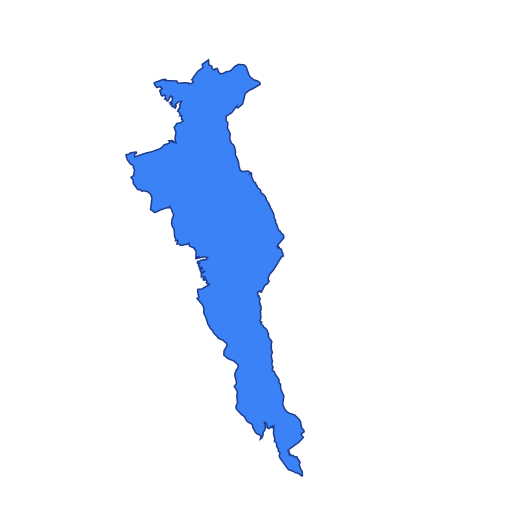 outline of Stejari, Gorj, Romania, rotated 140°
{"feature_id": "2599482B41789780482797", "entity_name": "Stejari", "entity_type": "district", "adm_level": 2, "iso_a3": "ROU", "parent_name": "Romania", "parent_adm1": "Gorj", "projection": "robinson", "projection_center": [23.706, 44.799], "detail": "fine", "context": "isolated", "style": "filled", "palette": "blue", "viewbox_px": 512, "rotation_deg": 140, "n_neighbors": 0, "source": "geoboundaries", "source_scale": "gbopen_adm2", "svg_char_len": 6130}
<svg xmlns="http://www.w3.org/2000/svg" viewBox="0 0 512 512"><g transform="rotate(140 256 256)"><path d="M222.5,454.1L223.5,452.7L223.7,448.8L220.4,447.4L220.8,446.5L220.1,445.2L220.7,444.8L220.5,444.4L223.2,444.7L224.1,443.4L223.5,442.6L223.7,442.0L224.7,441.6L225.2,440.6L225.0,438.7L222.9,438.5L222.1,437.1L223.3,436.3L223.9,434.8L225.0,434.9L224.4,433.8L224.4,431.8L223.6,431.5L218.9,433.5L218.3,433.3L218.6,432.2L217.8,431.4L220.4,428.7L223.4,428.8L222.8,428.1L223.5,427.6L222.3,427.4L222.2,426.7L223.9,426.1L224.2,424.3L223.3,423.6L222.9,421.2L220.6,422.3L220.6,423.2L221.2,423.6L220.0,423.9L215.7,423.8L213.7,422.3L217.2,421.1L217.5,420.0L219.3,418.5L221.4,418.2L221.4,417.6L222.9,417.3L222.4,416.2L222.5,414.9L222.9,414.6L223.2,412.3L224.1,412.3L222.8,411.2L225.3,408.4L224.7,407.3L225.1,406.3L228.3,406.6L231.4,408.4L236.1,407.0L237.7,402.3L242.2,398.4L243.7,396.4L244.4,394.1L247.0,397.0L246.8,397.8L245.6,396.8L245.8,398.2L248.7,400.3L248.7,399.3L250.1,398.1L254.7,400.2L258.9,399.7L260.9,400.0L268.9,402.9L274.4,405.7L285.2,409.9L284.0,411.7L282.9,412.0L281.8,411.6L281.0,412.1L281.0,412.8L285.9,415.7L288.0,415.7L290.3,417.1L291.2,416.2L292.8,412.1L293.0,406.9L292.1,405.2L292.1,403.5L293.3,402.2L293.5,400.3L298.0,396.3L301.2,396.6L301.4,393.2L303.4,390.4L303.9,382.9L302.2,381.3L301.7,378.8L300.0,378.1L297.5,374.6L297.1,370.9L298.5,367.2L307.0,359.3L306.2,357.3L306.1,355.4L305.4,354.2L299.6,352.7L293.6,350.4L291.5,348.8L290.4,349.3L290.7,348.6L290.5,347.2L292.7,340.4L296.6,338.2L299.7,335.2L301.2,332.2L301.2,329.7L306.0,323.0L306.7,320.1L307.9,319.4L305.9,318.1L308.9,316.1L307.9,315.6L307.0,313.8L307.1,312.9L305.7,311.7L300.1,308.7L299.0,308.7L300.6,306.5L298.4,302.1L298.6,301.7L298.1,301.3L298.8,300.2L298.8,298.2L302.8,293.7L300.2,292.2L300.9,291.7L303.6,293.0L303.8,292.6L296.3,288.8L294.5,286.7L294.8,286.2L294.5,285.9L295.6,286.0L296.0,285.3L297.7,285.7L298.2,287.1L300.1,287.1L300.7,288.2L302.7,288.4L304.3,289.4L305.4,288.3L304.6,287.9L304.8,287.5L304.0,287.0L304.1,286.4L305.3,286.8L306.5,285.1L306.1,283.7L306.9,283.3L305.5,282.5L306.9,282.0L305.0,281.0L305.1,280.6L307.7,281.4L308.6,278.9L304.5,277.0L309.3,277.6L311.5,274.9L309.9,274.4L308.7,273.0L309.1,272.7L308.9,272.4L311.1,272.6L311.7,271.5L310.5,271.2L310.2,270.9L310.6,270.5L309.6,270.3L309.9,269.8L309.5,269.1L310.3,267.9L310.2,267.5L311.2,267.6L311.2,266.0L309.9,264.8L310.1,264.0L316.7,265.4L318.3,265.2L321.9,267.8L323.3,266.7L326.5,260.9L328.5,261.4L328.4,253.7L328.8,251.1L329.5,249.5L332.7,246.0L333.8,241.5L336.6,234.7L337.5,230.2L337.3,227.0L337.9,224.0L337.5,218.9L337.8,217.4L335.4,212.5L334.8,207.7L335.3,206.5L336.6,205.7L341.3,204.0L344.3,200.9L343.5,195.5L340.4,189.9L339.7,184.1L340.9,182.7L343.1,181.4L344.2,181.4L347.5,179.7L349.1,177.9L352.1,171.8L353.6,170.6L356.5,170.1L357.1,165.1L358.3,163.1L360.8,161.1L364.5,155.4L368.2,153.6L369.3,151.6L369.1,144.0L368.1,140.3L369.0,136.9L368.9,133.8L367.1,129.6L368.8,126.3L369.8,121.3L369.4,118.7L368.5,117.4L367.8,114.7L370.4,113.0L368.8,112.9L366.2,113.9L364.0,116.2L360.9,117.1L357.0,121.0L356.9,123.0L356.5,123.2L355.6,122.5L356.2,120.8L355.8,120.5L356.7,118.3L357.8,118.1L357.7,116.8L356.6,115.2L353.9,115.6L352.8,115.0L354.5,113.8L351.6,114.4L357.0,108.4L359.2,103.7L361.0,102.3L360.5,100.0L361.3,98.2L362.5,97.1L363.1,93.3L364.4,92.2L364.1,89.9L366.6,88.0L367.5,85.8L368.5,71.5L365.8,66.9L365.0,64.6L363.3,62.3L362.3,57.9L361.5,58.0L359.2,61.0L358.5,64.9L356.9,68.5L354.8,69.6L355.2,70.5L354.3,71.8L354.7,72.2L353.8,76.1L355.2,76.7L355.9,78.2L355.5,79.1L356.8,79.9L357.1,81.5L357.8,81.9L357.3,82.0L357.2,82.8L357.8,83.6L356.2,84.7L356.9,86.2L353.9,86.6L342.9,85.8L337.0,86.5L336.3,86.7L336.3,89.5L335.6,90.8L332.5,90.3L331.4,91.3L331.4,95.2L328.4,100.6L328.0,102.7L328.5,109.2L331.8,114.7L332.5,117.5L332.4,120.2L330.9,125.2L324.7,130.8L322.5,138.3L319.7,141.9L319.7,144.3L317.9,146.4L317.1,154.2L316.3,155.5L317.0,158.4L314.6,159.6L313.8,162.4L312.6,163.8L310.9,164.8L310.6,166.4L309.9,166.8L309.3,168.5L307.9,170.3L305.6,171.4L303.6,175.7L302.6,176.3L302.4,177.3L298.8,180.4L298.7,183.9L298.2,186.6L296.7,187.9L295.2,192.4L295.3,195.0L295.9,196.1L295.4,197.6L295.7,200.6L295.2,201.7L294.2,201.6L294.9,203.4L291.9,205.6L290.5,207.3L290.4,208.1L289.0,209.3L288.7,210.6L286.9,211.4L286.3,211.9L286.5,212.4L284.7,213.7L284.1,215.8L284.4,216.2L283.4,216.8L283.4,217.6L282.7,218.9L280.0,220.9L280.4,221.9L279.4,223.4L280.1,223.8L280.1,224.5L278.6,226.0L278.7,226.7L277.9,227.3L275.7,226.9L275.4,226.4L275.9,226.1L275.2,224.8L268.9,227.5L266.7,227.9L265.7,227.3L262.0,228.3L262.1,229.4L260.7,231.4L257.2,233.2L251.4,234.1L237.2,238.9L234.9,238.4L234.9,239.2L233.6,240.9L233.8,241.4L232.4,244.5L232.4,245.3L233.1,246.6L232.6,247.6L233.0,248.2L234.1,248.0L233.9,248.7L233.4,248.7L233.6,249.2L233.0,249.0L233.2,249.6L232.4,249.7L232.0,250.4L223.0,252.0L222.0,253.4L221.4,255.3L222.0,257.1L221.5,259.9L222.0,260.4L221.8,262.0L219.6,267.4L219.8,268.8L218.2,270.5L217.5,273.8L215.7,276.2L214.1,281.8L214.2,283.1L213.2,284.9L213.1,286.7L212.5,287.4L212.1,292.3L211.2,293.5L210.6,297.6L211.6,301.3L210.6,302.6L210.2,303.9L211.0,307.9L210.0,309.0L210.2,310.4L209.3,312.6L209.9,313.4L209.7,315.7L208.1,320.1L206.3,322.2L207.7,322.6L206.5,322.9L207.6,326.4L212.0,329.3L213.1,331.7L210.8,336.7L209.7,338.0L208.2,341.1L206.6,347.5L204.9,348.5L202.3,353.5L201.8,355.7L202.3,358.0L201.9,360.0L201.1,361.2L201.2,362.3L197.3,366.0L195.5,372.6L193.0,374.9L191.8,376.7L192.0,378.8L189.0,382.2L182.7,381.4L174.6,383.1L175.2,382.5L174.7,381.0L168.4,381.1L160.2,387.1L158.8,387.4L154.1,387.2L151.6,386.3L142.6,384.8L141.6,386.2L142.2,389.0L144.4,392.3L145.4,396.9L145.1,398.9L142.0,407.3L142.2,410.0L146.3,414.1L150.2,414.9L156.1,414.2L157.7,414.6L160.5,416.4L163.8,416.9L166.4,418.8L166.4,420.4L165.2,424.7L166.5,425.5L168.5,425.3L169.1,427.9L167.8,429.8L169.3,432.7L166.3,436.8L174.1,437.4L175.5,434.4L181.5,434.9L188.6,433.3L189.8,432.8L189.9,432.3L191.9,432.4L192.1,429.5L194.0,429.5L196.7,430.8L196.3,431.6L198.2,433.7L204.1,438.1L204.8,439.2L204.1,440.7L204.4,441.2L212.7,448.7L211.7,449.2L211.9,449.7L214.3,451.2L222.5,454.1Z" fill="#3b82f6" stroke="#1e3a8a" stroke-width="1.5"/></g></svg>